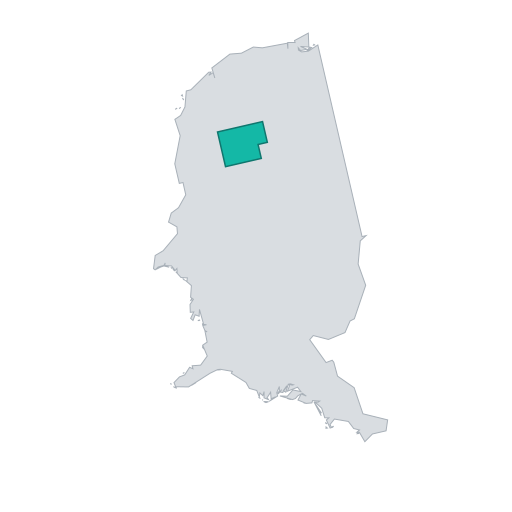 where Utah sits in United States of America, rotated 77°
{"feature_id": "USA-3526", "entity_name": "Utah", "entity_type": "State", "adm_level": 1, "iso_a3": "USA", "parent_name": "United States of America", "parent_adm1": "", "projection": "mercator", "projection_center": [-111.421, 39.5], "detail": "fine", "context": "in_parent", "style": "filled", "palette": "teal", "viewbox_px": 512, "rotation_deg": 77, "n_neighbors": 0, "source": "natural_earth", "source_scale": "10m", "svg_char_len": 5548}
<svg xmlns="http://www.w3.org/2000/svg" viewBox="0 0 512 512"><g transform="rotate(77 256 256)"><path d="M406.4,190.0L433.8,187.3L445.3,164.6L455.6,168.6L455.6,182.6L461.4,191.7L451.0,194.9L450.4,197.4L448.8,194.3L446.1,199.6L438.0,203.2L432.5,216.3L436.9,221.8L439.9,221.1L439.2,218.7L440.1,219.8L440.3,222.5L431.6,224.3L430.1,221.4L429.1,225.4L419.1,226.2L411.6,231.3L412.4,228.4L411.7,226.6L409.6,233.4L411.7,234.6L410.9,240.3L405.8,247.5L400.6,243.0L403.8,238.5L400.2,241.6L401.6,246.7L403.7,249.6L404.1,252.8L397.7,264.2L399.7,257.0L394.8,250.2L398.2,242.8L393.2,245.0L394.8,255.8L390.1,252.6L388.5,252.9L390.0,249.6L389.9,248.5L388.3,251.2L388.2,253.4L395.4,257.6L393.7,259.5L390.6,255.8L389.3,255.1L393.3,259.6L395.1,260.5L394.0,263.1L391.9,261.1L395.2,265.1L394.4,265.7L392.8,263.6L388.4,262.6L393.8,266.5L397.3,266.4L400.6,276.0L397.6,268.6L398.5,273.4L392.0,272.4L396.7,277.2L399.0,275.8L396.0,280.1L389.9,278.6L393.6,280.8L390.3,283.0L394.1,284.5L387.2,285.5L383.5,292.3L377.0,294.2L364.7,306.4L363.1,305.0L358.4,316.1L358.0,318.8L359.9,327.1L368.4,351.2L365.3,363.7L360.9,364.4L356.6,357.8L355.8,352.2L349.5,345.7L351.7,342.8L348.6,342.9L349.9,334.5L342.5,326.0L330.9,328.0L328.9,323.0L317.5,322.6L319.0,320.7L317.0,322.6L311.8,323.5L311.8,319.7L310.9,322.4L295.3,323.1L301.9,325.0L299.6,328.5L304.6,331.9L302.1,333.7L296.5,329.2L296.1,332.7L288.4,331.2L284.1,326.7L281.5,329.0L270.3,325.6L263.7,330.4L265.4,329.1L261.9,327.8L260.1,333.9L253.3,337.7L254.8,336.6L250.4,335.9L251.9,338.0L246.7,340.5L244.7,347.1L242.3,346.0L244.4,347.8L244.7,353.8L246.8,357.4L245.3,358.7L232.8,354.1L230.0,345.3L216.6,327.5L209.8,326.5L203.3,333.6L195.1,328.9L191.5,320.6L180.6,310.7L168.0,310.6L168.0,314.4L147.9,314.4L121.7,302.8L104.6,304.3L102.1,297.8L94.8,291.7L79.5,286.8L79.4,282.1L66.3,260.7L66.7,258.4L69.4,261.3L67.7,256.5L73.3,256.1L62.8,256.7L53.4,236.0L55.1,224.6L51.8,211.6L54.6,203.0L55.7,177.6L61.2,178.3L55.1,177.0L56.8,169.9L54.7,170.0L50.6,154.9L64.3,157.5L61.8,165.5L66.1,159.8L65.8,166.4L62.6,168.0L64.9,168.3L67.4,165.6L68.2,158.9L64.3,148.3L260.9,148.3L260.9,144.2L264.7,151.0L286.8,158.3L309.2,155.7L339.3,174.3L340.5,179.0L350.6,186.5L353.6,204.2L346.4,218.1L349.6,222.5L375.6,211.7L374.7,205.2L377.0,204.1L391.4,203.6L406.4,190.0ZM422.1,229.1L426.4,228.4L411.3,232.3L423.8,227.5L422.1,229.1ZM65.4,154.9L67.3,159.1L67.2,159.8L64.6,156.6L65.4,154.9ZM246.6,356.4L244.9,351.1L245.1,348.1L245.3,351.3L246.6,356.4ZM452.1,195.4L451.9,197.5L451.3,197.1L452.1,195.4ZM284.3,328.3L284.6,329.6L283.3,328.6L284.3,328.3ZM85.5,292.1L87.2,291.4L87.3,291.6L85.5,292.1ZM83.6,291.6L82.9,292.5L82.3,291.7L83.6,291.6ZM435.6,224.6L434.4,225.8L434.1,225.5L435.6,224.6ZM246.0,345.4L245.1,347.8L247.4,343.1L246.0,345.4ZM366.0,343.3L367.6,348.1L365.7,342.9L366.0,343.3ZM94.4,296.3L95.2,297.7L94.3,296.4L94.4,296.3ZM366.1,364.4L364.7,365.9L367.0,362.8L366.1,364.4ZM401.1,279.3L399.5,281.3L400.8,276.5L401.1,279.3ZM63.5,151.4L63.5,152.6L62.8,152.0L63.5,151.4ZM252.0,338.9L249.5,340.0L252.0,338.6L252.0,338.9ZM439.7,225.2L439.6,226.6L438.3,226.2L439.7,225.2ZM94.4,300.1L95.0,301.7L94.2,300.3L94.4,300.1ZM248.9,341.0L248.0,341.6L248.8,340.6L248.9,341.0ZM403.4,255.0L401.7,257.8L403.7,253.9L403.4,255.0ZM263.0,331.5L261.4,332.5L263.7,330.8L263.0,331.5ZM358.7,317.4L358.4,319.4L358.2,318.0L358.7,317.4ZM394.7,284.9L394.1,285.3L395.8,283.7L394.7,284.9ZM335.1,327.6L333.1,328.6L332.4,328.4L335.1,327.6ZM311.1,323.1L310.7,323.5L309.6,323.4L311.1,323.1ZM353.7,352.4L353.9,353.7L353.4,352.1L353.7,352.4ZM306.1,325.9L305.8,327.2L305.7,324.9L306.1,325.9ZM361.7,367.7L360.7,367.8L362.2,367.4L361.7,367.7ZM410.5,241.3L409.7,242.7L410.7,240.6L410.5,241.3ZM398.2,281.7L397.5,282.1L397.4,282.1L398.2,281.7Z" fill="#d9dde1" stroke="#a8b0b8" stroke-width="1"/><path d="M147.8,219.4L147.8,220.0L147.8,220.6L147.8,221.2L147.8,221.8L147.8,222.4L147.8,223.0L147.8,223.6L147.8,224.2L147.8,224.8L147.8,225.4L147.8,226.0L147.8,226.6L147.8,227.2L147.8,227.8L147.8,228.3L147.8,228.9L148.7,228.9L149.6,228.9L150.5,228.9L151.4,228.9L152.3,228.9L153.2,228.9L154.1,228.9L154.9,228.9L155.8,228.9L156.7,228.9L157.6,228.9L158.5,228.9L159.4,228.9L160.3,228.9L161.2,228.9L162.1,228.9L162.1,230.1L162.1,231.3L162.1,232.5L162.1,233.6L162.1,234.8L162.1,236.0L162.1,237.1L162.1,238.3L162.1,239.5L162.1,240.6L162.1,241.8L162.1,242.9L162.1,244.1L162.1,245.2L162.1,246.4L162.1,247.5L162.1,248.7L162.1,249.8L162.1,250.9L162.1,252.1L162.1,253.2L162.1,254.4L162.1,255.5L162.1,256.6L162.1,257.7L162.1,258.9L162.1,260.0L162.1,261.1L162.1,262.2L162.1,263.4L162.1,264.5L162.1,265.6L161.0,265.6L159.9,265.6L158.7,265.6L157.6,265.6L156.5,265.6L155.4,265.6L154.3,265.6L153.2,265.6L152.1,265.6L151.0,265.6L149.9,265.6L148.7,265.6L147.6,265.6L146.5,265.6L145.4,265.6L144.3,265.6L143.2,265.6L142.1,265.6L141.0,265.6L139.9,265.6L138.8,265.6L137.6,265.6L136.5,265.6L135.4,265.6L134.3,265.6L133.2,265.6L132.1,265.6L131.0,265.6L129.9,265.6L128.8,265.6L127.6,265.6L126.5,265.6L126.5,264.2L126.5,262.8L126.5,261.4L126.5,260.0L126.5,258.6L126.5,257.2L126.5,255.7L126.5,254.3L126.5,252.9L126.5,251.5L126.5,250.1L126.5,248.6L126.5,247.2L126.5,245.8L126.5,244.3L126.5,242.9L126.5,241.5L126.5,240.0L126.5,238.6L126.5,237.1L126.5,235.7L126.5,234.2L126.5,232.7L126.5,231.3L126.5,229.8L126.5,228.3L126.5,226.9L126.5,225.4L126.5,223.9L126.5,222.4L126.5,220.9L126.5,219.4L127.9,219.4L129.2,219.4L130.5,219.4L131.8,219.4L133.2,219.4L134.5,219.4L135.8,219.4L137.2,219.4L138.5,219.4L139.8,219.4L141.2,219.4L142.5,219.4L143.8,219.4L145.2,219.4L146.5,219.4L147.8,219.4Z" fill="#14b8a6" stroke="#0f766e" stroke-width="1.5"/></g></svg>